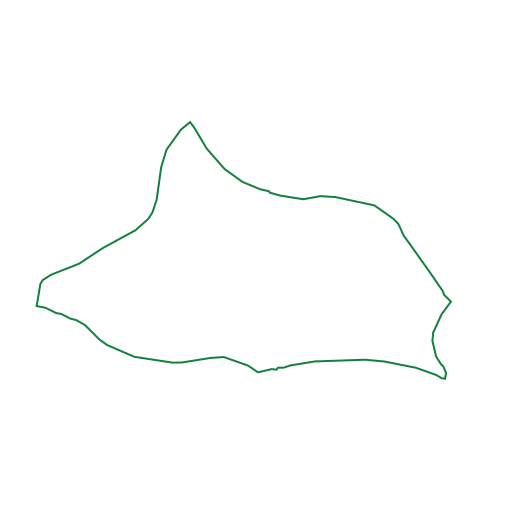 the district of San Juan Atitán, Huehuetenango, Guatemala, rotated 280°
{"feature_id": "79465075B84828217033389", "entity_name": "San Juan Atitán", "entity_type": "district", "adm_level": 2, "iso_a3": "GTM", "parent_name": "Guatemala", "parent_adm1": "Huehuetenango", "projection": "robinson", "projection_center": [-91.627, 15.473], "detail": "fine", "context": "isolated", "style": "outline", "palette": "green", "viewbox_px": 512, "rotation_deg": 280, "n_neighbors": 0, "source": "geoboundaries", "source_scale": "gbopen_adm2", "svg_char_len": 1007}
<svg xmlns="http://www.w3.org/2000/svg" viewBox="0 0 512 512"><g transform="rotate(280 256 256)"><path d="M376.4,167.8L367.4,160.1L345.1,149.4L326.9,147.2L294.2,148.4L280.7,146.4L273.9,143.5L260.6,133.0L237.1,103.6L217.7,83.1L202.0,57.5L195.3,50.2L191.2,48.5L168.6,48.7L168.5,57.5L165.1,69.1L165.1,74.4L162.2,83.6L161.6,90.3L158.3,99.6L146.8,115.9L142.4,125.0L135.6,153.6L136.5,192.5L138.2,201.3L147.8,229.2L150.9,241.8L146.7,267.2L141.8,278.2L147.4,291.3L147.6,295.9L149.8,297.1L150.9,302.8L154.1,308.6L162.4,332.3L172.8,381.5L174.4,400.9L173.7,433.0L170.1,454.2L167.9,460.1L167.9,463.5L173.8,463.5L179.7,459.7L181.6,456.9L188.3,450.8L203.0,444.5L211.4,443.8L230.8,448.9L244.9,455.9L250.3,448.1L253.8,446.1L270.5,429.7L277.2,422.9L292.4,407.5L301.5,398.1L312.3,390.6L316.5,384.8L323.8,369.4L326.4,363.6L327.8,323.8L326.1,308.9L320.1,292.7L319.7,269.4L320.8,258.5L322.0,257.5L322.5,248.2L326.6,229.8L336.1,210.1L353.2,188.8L371.9,172.7L376.4,167.8Z" fill="none" stroke="#15803d" stroke-width="2"/></g></svg>